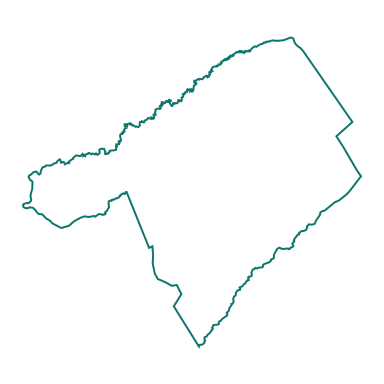 Saladas, Corrientes, Argentina (Natural Earth projection)
{"feature_id": "61730980B15780158540393", "entity_name": "Saladas", "entity_type": "district", "adm_level": 2, "iso_a3": "ARG", "parent_name": "Argentina", "parent_adm1": "Corrientes", "projection": "natural_earth1", "projection_center": [-58.717, -28.241], "detail": "fine", "context": "isolated", "style": "outline", "palette": "teal", "viewbox_px": 384, "rotation_deg": 0, "n_neighbors": 0, "source": "geoboundaries", "source_scale": "gbopen_adm2", "svg_char_len": 5901}
<svg xmlns="http://www.w3.org/2000/svg" viewBox="0 0 384 384"><path d="M361.0,176.3L356.8,170.2L343.2,146.8L336.4,136.3L352.4,122.0L303.3,51.3L300.7,48.2L297.7,46.2L296.0,44.5L294.5,42.4L293.5,39.0L292.7,38.1L290.7,37.5L283.8,40.2L276.7,40.9L273.0,40.4L270.1,41.0L269.6,41.5L267.2,41.5L266.8,42.1L265.4,42.1L265.2,42.7L263.8,42.5L262.5,43.9L260.1,44.4L256.3,46.8L254.9,46.4L253.5,47.0L250.1,50.3L250.2,51.3L249.4,51.4L248.9,50.6L248.2,50.6L247.8,51.4L245.4,51.0L245.2,52.1L244.4,52.2L244.3,51.5L243.4,52.2L243.6,52.8L242.1,52.4L241.6,52.0L241.7,51.1L241.0,50.9L240.4,51.1L240.6,51.8L240.2,52.3L239.5,52.2L239.0,51.3L238.0,52.4L236.5,51.9L236.0,52.8L233.0,54.6L232.6,55.3L233.3,55.6L232.8,56.1L231.4,56.0L230.7,55.4L230.1,55.9L230.3,56.9L229.1,56.8L228.6,57.3L229.0,58.1L228.2,58.1L228.3,58.7L227.5,58.5L227.0,59.0L227.3,59.6L226.2,60.0L225.7,58.8L224.4,59.5L224.4,60.4L223.5,60.3L222.5,61.6L221.5,61.5L221.4,62.4L220.8,62.8L221.3,63.5L220.2,64.7L218.7,64.4L217.9,65.9L217.3,66.2L216.7,65.9L216.5,66.6L214.0,66.5L212.7,67.3L211.9,68.5L211.8,69.8L211.2,69.8L211.1,70.6L212.2,71.1L211.4,71.5L211.2,72.2L209.5,71.9L209.2,72.6L210.0,74.4L209.2,74.7L209.5,75.6L208.9,76.6L207.6,77.3L207.2,75.8L206.1,75.7L205.6,76.5L203.8,77.0L203.2,78.5L202.2,79.3L199.9,78.8L199.2,79.6L197.9,79.1L195.6,80.9L194.3,80.7L194.2,82.4L195.2,83.2L195.7,82.8L196.3,83.1L196.4,84.0L193.8,85.7L193.5,89.5L192.9,89.5L192.6,90.0L192.9,90.8L192.6,91.5L191.4,91.5L190.8,90.9L191.9,89.9L191.5,89.2L189.6,89.5L189.4,90.8L188.6,89.5L187.8,89.2L187.0,89.7L187.0,91.8L185.1,92.3L184.7,92.8L185.2,93.1L184.4,94.1L182.8,94.2L183.4,95.9L182.8,97.2L181.7,97.6L182.0,98.2L181.5,101.0L180.2,100.6L179.7,101.2L178.9,100.0L178.4,100.1L177.4,103.1L174.5,103.7L174.6,103.0L173.3,103.0L172.3,106.0L171.2,105.6L169.6,102.4L169.7,101.7L170.9,100.9L169.9,100.0L169.1,99.8L168.3,101.0L168.9,101.4L169.1,102.1L167.5,102.0L167.5,101.3L166.7,100.9L165.9,101.3L165.0,103.0L163.5,103.0L163.1,103.5L162.7,103.1L163.0,102.4L161.8,102.2L161.4,104.0L162.7,104.5L161.3,106.4L160.8,106.3L160.4,105.6L159.8,106.2L160.6,108.4L160.0,108.9L157.6,108.6L155.4,109.8L155.6,111.8L155.0,112.3L155.0,113.1L155.6,114.7L153.6,114.6L153.7,116.2L154.2,116.9L153.6,117.5L153.8,118.5L153.2,118.8L151.5,117.5L150.7,117.4L150.4,118.0L150.7,118.7L147.9,118.1L147.1,119.5L144.8,120.5L144.3,121.1L144.4,122.1L143.7,122.4L141.9,121.4L141.8,122.0L140.1,121.9L139.6,123.6L139.9,125.4L138.5,126.9L137.9,127.2L136.4,126.4L135.6,126.8L132.7,124.9L132.2,125.4L131.3,124.1L130.3,124.4L130.4,123.4L129.8,123.3L127.5,124.1L127.2,125.5L126.1,124.3L124.7,124.2L124.6,124.9L125.8,126.1L125.1,126.6L125.6,127.1L125.6,127.9L126.1,128.1L124.8,128.8L124.0,130.0L124.5,131.5L124.0,132.0L123.3,131.6L122.2,132.7L122.8,133.2L122.4,134.0L121.6,133.7L120.2,134.7L120.2,137.0L121.1,139.9L120.5,140.5L120.4,141.6L119.7,141.7L119.3,141.0L118.6,141.5L119.3,143.4L119.1,144.2L116.3,144.3L116.1,146.0L116.7,145.9L117.0,146.5L116.1,148.1L116.2,149.7L113.9,150.4L111.3,150.4L109.5,151.1L109.7,151.8L109.4,152.4L108.4,152.7L108.4,153.4L106.2,154.2L105.1,154.0L105.1,152.6L105.5,152.2L104.0,148.8L100.8,148.8L99.4,149.7L99.6,153.3L97.5,154.8L96.3,153.5L95.6,153.5L95.3,154.3L94.8,154.3L92.5,153.5L91.5,154.3L89.1,152.9L88.3,153.1L88.0,153.9L85.5,154.4L85.3,155.9L84.6,155.3L83.3,156.1L83.3,154.8L82.6,153.9L81.1,155.7L79.7,156.2L78.1,155.6L75.9,155.5L73.1,158.0L73.0,158.9L71.0,159.9L69.8,161.4L69.3,161.3L68.9,162.0L69.1,163.0L68.1,163.2L67.5,162.8L65.0,164.3L63.8,162.1L61.8,161.9L61.5,162.7L60.9,162.6L60.1,159.4L59.4,159.5L57.6,160.8L56.5,162.8L54.1,163.5L51.6,165.1L50.2,165.6L46.1,165.4L44.6,166.9L42.6,167.3L40.9,170.7L40.5,173.4L39.4,174.5L38.7,174.3L36.9,172.1L35.8,171.5L33.2,172.4L31.0,174.6L29.0,175.6L28.6,176.7L29.8,179.6L32.1,181.3L32.5,182.2L32.3,188.5L30.4,195.7L31.2,199.8L30.9,201.0L28.7,203.0L25.7,203.3L23.7,204.0L23.0,205.6L23.6,207.2L25.5,208.1L27.9,208.2L29.7,207.3L33.0,207.8L35.7,210.4L36.7,212.2L38.9,214.1L42.3,214.3L45.8,218.2L50.1,220.8L52.3,223.3L61.3,228.0L68.9,225.8L73.7,221.6L76.6,219.8L80.7,217.7L84.3,216.4L89.0,217.0L94.3,215.9L95.3,216.7L98.5,214.2L100.6,214.2L103.0,214.9L103.6,214.4L105.0,214.4L105.6,213.4L105.1,212.8L105.4,211.9L106.9,210.9L109.0,207.2L108.6,203.7L108.8,201.3L110.8,200.5L111.5,200.8L111.7,200.0L112.4,199.6L113.5,199.8L115.7,198.5L117.2,198.3L118.9,197.3L119.7,196.0L120.4,195.9L120.6,194.9L123.2,193.4L124.7,194.0L125.7,192.1L126.6,192.0L149.1,247.9L152.4,246.3L153.1,255.1L152.7,263.4L154.8,273.6L157.8,279.0L165.3,282.2L171.8,285.8L176.8,285.0L181.4,294.2L173.8,306.3L198.9,346.5L199.4,344.9L202.2,344.7L204.5,342.7L204.5,341.0L205.1,340.5L204.5,339.0L204.6,337.3L206.6,336.6L207.1,335.3L210.5,332.4L211.1,330.7L212.5,329.6L212.7,328.6L212.0,327.9L213.0,326.5L213.3,325.1L218.2,324.5L219.0,323.8L218.7,322.2L219.0,321.6L220.5,321.0L222.6,318.6L227.1,315.5L227.3,313.8L226.7,313.0L229.0,310.4L229.2,308.3L231.3,305.5L231.4,304.0L232.2,304.1L233.5,302.1L233.7,301.2L233.2,299.7L233.4,298.1L234.1,296.5L235.5,295.6L236.2,292.3L237.4,290.6L240.1,289.7L240.3,289.0L239.5,287.6L240.0,287.1L242.2,286.4L243.9,284.1L244.9,283.7L246.4,281.3L247.5,280.9L247.6,280.1L248.8,279.9L248.1,277.5L249.0,276.6L250.0,276.8L251.7,275.7L251.9,275.0L251.4,272.5L253.0,269.4L254.2,269.1L255.4,267.9L257.3,268.5L258.7,267.6L261.9,267.4L263.1,266.6L263.0,265.0L263.9,264.2L269.4,262.2L270.9,260.8L271.0,259.6L273.8,258.2L274.1,254.4L277.2,248.9L278.8,247.9L280.0,247.8L280.8,248.5L283.2,249.0L286.7,248.6L288.2,248.6L288.6,249.1L289.7,248.9L290.3,247.9L293.0,246.6L293.4,245.6L292.3,243.8L292.5,243.2L294.2,241.7L294.3,240.9L293.8,240.4L294.6,238.7L297.6,234.9L298.9,234.6L299.3,233.8L298.9,233.2L299.2,232.7L301.8,231.0L303.5,231.0L306.0,230.0L307.2,227.7L306.9,226.7L308.9,224.3L311.6,224.7L314.6,223.9L316.4,220.0L319.8,215.2L320.5,212.2L322.8,210.9L324.5,210.7L334.9,202.2L339.2,200.3L346.9,194.1L350.0,190.6L361.0,176.3Z" fill="none" stroke="#0f766e" stroke-width="2"/></svg>